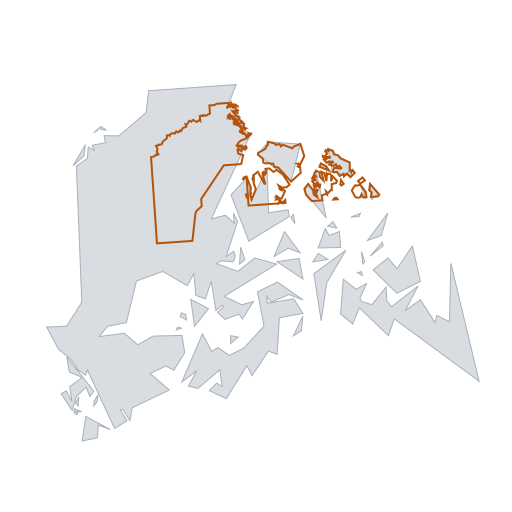 location of Northwest Territories within Canada, rotated 86°
{"feature_id": "CAN-635", "entity_name": "Northwest Territories", "entity_type": "Territory", "adm_level": 1, "iso_a3": "CAN", "parent_name": "Canada", "parent_adm1": "", "projection": "mercator", "projection_center": [-123.126, 69.383], "detail": "fine", "context": "in_parent", "style": "outline", "palette": "amber", "viewbox_px": 512, "rotation_deg": 86, "n_neighbors": 0, "source": "natural_earth", "source_scale": "10m", "svg_char_len": 9869}
<svg xmlns="http://www.w3.org/2000/svg" viewBox="0 0 512 512"><g transform="rotate(86 256 256)"><path d="M126.6,384.4L105.2,355.6L83.6,351.6L83.6,263.9L106.1,274.5L103.5,269.9L128.5,258.7L116.2,268.2L113.3,272.8L114.2,273.9L134.6,253.2L215.9,298.0L213.2,283.7L221.8,275.5L211.6,275.5L220.2,272.0L254.4,285.8L249.7,278.0L254.5,276.6L260.2,279.2L258.4,291.5L260.9,295.9L270.1,275.2L257.9,257.5L265.5,236.0L294.0,290.3L303.7,273.6L301.2,261.7L317.9,273.9L312.8,277.1L317.1,291.4L309.5,298.3L305.0,292.3L303.8,291.8L302.8,293.0L307.6,299.8L278.0,302.4L295.3,309.5L291.0,318.8L269.1,319.2L280.8,326.6L264.9,350.0L272.6,377.0L313.4,390.0L315.7,408.9L325.4,418.1L323.9,392.7L336.4,380.1L328.7,364.3L330.1,335.4L347.5,333.8L364.1,345.9L359.5,353.7L365.8,369.9L383.6,351.8L398.8,390.1L411.4,393.3L399.7,399.6L400.0,402.1L411.4,396.2L418.2,409.1L358.0,432.1L362.9,434.2L357.1,441.7L353.4,443.1L345.1,448.9L335.3,459.4L312.3,469.8L312.8,449.9L290.0,433.0L153.9,428.9L146.9,417.4L135.7,415.7L139.6,409.9L134.1,411.7L132.5,398.2L125.4,399.1L126.6,384.4ZM297.0,248.0L303.9,247.8L301.4,221.3L316.5,213.2L319.2,237.0L355.6,241.8L351.7,250.2L375.1,268.3L364.7,272.7L396.2,295.6L387.1,312.0L380.1,304.2L383.8,298.8L367.0,300.0L384.0,323.1L381.2,332.5L366.3,323.1L376.5,338.8L330.0,314.9L348.1,306.8L344.7,300.3L353.3,289.5L346.9,274.4L326.5,252.9L291.8,257.0L283.5,236.4L303.2,212.1L296.7,225.9L303.1,243.9L297.0,248.0ZM277.0,62.1L396.5,42.2L328.4,122.4L344.7,129.5L314.8,156.5L330.7,164.3L319.7,175.7L285.3,170.5L296.1,158.5L291.4,147.7L305.2,155.3L308.7,153.9L312.6,143.8L296.1,128.5L310.0,128.6L316.0,124.4L297.3,96.5L321.0,111.1L311.1,95.0L335.1,82.0L327.9,79.8L335.0,67.6L277.0,62.1ZM169.9,238.8L213.7,240.5L212.1,220.7L218.9,220.1L240.8,262.1L193.3,276.7L176.9,259.3L198.7,256.3L169.9,238.8ZM373.3,450.9L365.0,437.9L358.7,450.3L343.6,451.8L379.6,427.2L384.6,431.5L375.0,434.6L383.5,444.9L397.2,450.2L379.8,460.0L377.4,454.6L388.1,449.8L373.3,450.9ZM147.5,203.9L184.0,215.9L154.8,247.0L143.0,236.1L147.5,203.9ZM257.0,99.3L292.7,93.8L303.0,118.0L278.1,140.1L267.2,124.5L278.5,116.2L257.0,99.3ZM256.5,166.0L287.8,187.3L325.2,195.5L277.7,199.5L256.5,166.0ZM175.3,190.1L222.9,183.3L195.3,202.9L188.0,199.2L201.1,190.8L175.3,190.1ZM419.1,413.2L413.7,425.1L426.3,426.9L428.4,442.4L404.2,436.9L419.1,413.2ZM233.7,225.9L255.7,211.9L250.5,223.3L257.7,237.9L233.7,225.9ZM294.7,324.1L305.2,307.1L321.8,322.2L294.7,324.1ZM261.5,213.2L282.2,210.8L263.2,235.4L261.5,213.2ZM183.4,155.3L176.8,174.0L154.5,176.4L169.5,156.4L183.4,155.3ZM253.4,170.9L252.3,193.5L233.4,185.0L240.6,181.8L237.4,171.1L253.4,170.9ZM222.5,121.6L244.3,129.5L248.3,143.7L222.5,121.6ZM133.2,418.5L144.4,420.8L153.0,432.1L133.2,418.5ZM319.4,213.6L333.8,215.9L338.2,224.3L319.4,213.6ZM246.1,270.7L258.9,267.3L262.9,273.0L246.1,270.7ZM264.5,184.5L265.8,199.7L257.7,193.8L264.5,184.5ZM254.6,128.4L264.2,142.2L250.9,129.0L254.6,128.4ZM335.6,279.4L341.6,287.4L333.7,286.9L335.6,279.4ZM196.1,143.5L206.6,142.6L192.3,147.1L196.1,143.5ZM226.4,214.9L220.1,218.6L217.1,215.8L226.4,214.9ZM399.3,440.5L398.4,447.6L400.1,444.5L401.9,446.4L398.6,448.5L395.6,447.8L399.3,440.5ZM201.7,129.3L207.7,136.6L192.2,137.2L201.7,129.3ZM394.2,428.3L389.3,427.5L383.7,423.5L390.1,424.6L394.2,428.3ZM315.0,329.7L311.0,336.0L307.5,334.2L309.6,330.1L315.0,329.7ZM115.9,401.8L120.2,396.3L118.8,402.1L115.9,401.8ZM259.0,150.5L269.5,147.9L271.3,150.0L259.0,150.5ZM233.7,173.5L231.4,182.4L227.1,176.8L233.7,173.5ZM384.0,442.3L386.8,443.0L393.3,443.8L390.3,446.4L384.0,442.3ZM322.7,334.9L324.1,340.7L321.8,339.3L322.7,334.9ZM175.7,177.0L170.6,186.2L168.3,184.7L175.7,177.0ZM282.9,151.2L279.7,155.9L279.0,151.8L282.9,151.2ZM223.6,150.3L223.9,158.6L220.6,148.8L223.6,150.3ZM116.7,403.0L119.0,404.6L121.9,409.3L116.7,403.0Z" fill="#d9dde1" stroke="#a8b0b8" stroke-width="1"/><path d="M101.4,272.1L106.5,274.8L105.1,272.8L105.8,272.9L103.2,271.7L105.1,270.8L103.5,270.1L103.3,268.7L105.5,270.0L103.7,267.9L106.4,268.2L106.0,266.5L106.5,265.8L109.1,266.2L108.7,265.4L109.4,264.0L109.1,263.0L110.5,265.1L112.0,265.0L110.1,268.1L109.8,269.4L114.8,266.3L115.4,263.8L116.8,264.1L117.6,263.5L116.4,263.6L116.7,262.8L118.3,263.5L121.2,260.3L122.0,261.9L123.2,258.7L127.0,259.0L128.0,256.8L129.0,258.5L123.0,264.8L122.6,264.0L118.9,265.2L117.6,268.4L117.2,267.8L116.9,269.3L116.7,267.9L115.8,268.3L115.3,269.7L115.4,271.3L114.5,270.3L113.0,272.8L114.1,274.2L115.2,274.4L113.4,272.8L117.0,273.2L117.3,272.6L115.8,272.7L116.2,271.9L115.4,270.5L117.0,269.5L117.2,268.5L117.0,269.9L117.6,268.5L118.0,269.4L120.0,266.7L119.2,266.4L121.1,266.3L120.8,267.4L121.8,265.5L121.4,267.6L122.2,266.8L121.8,264.6L122.2,267.0L122.3,264.2L122.3,267.5L123.0,265.1L122.6,267.4L123.2,266.8L122.7,268.8L123.1,269.6L123.0,268.1L125.2,263.4L131.1,260.2L130.9,261.7L129.9,261.8L130.0,263.3L130.9,263.5L133.3,260.3L133.2,258.4L136.5,257.3L133.9,255.5L134.5,253.0L137.9,257.0L139.6,262.6L141.4,265.3L144.6,267.6L146.0,266.1L143.9,266.5L145.9,265.7L144.6,264.3L144.9,263.4L147.0,263.1L145.2,262.1L147.8,260.1L145.5,259.9L148.6,259.3L147.3,258.5L148.1,258.0L148.8,259.1L148.1,260.3L148.7,261.5L148.3,262.9L150.1,263.5L148.2,266.6L148.6,267.1L152.7,266.5L154.4,261.7L162.8,264.2L163.3,264.9L163.3,281.8L195.3,306.7L202.5,306.7L207.0,312.3L209.2,313.4L236.5,318.4L236.5,353.9L150.1,353.8L149.4,350.3L147.8,348.5L148.4,347.7L147.9,346.3L144.9,347.7L142.8,346.8L139.1,348.0L138.7,345.5L138.1,345.4L138.4,344.5L137.9,342.2L135.3,341.0L132.4,336.7L129.5,336.5L129.4,334.2L130.0,333.7L128.5,333.0L127.6,330.4L128.2,328.6L126.1,326.9L127.4,325.1L125.5,323.1L126.3,322.2L123.3,320.1L122.2,316.6L119.6,317.1L120.1,315.8L116.4,313.1L117.5,311.1L115.8,309.3L118.2,305.8L116.6,303.4L117.5,302.2L112.5,302.3L112.2,301.2L112.7,299.4L111.7,298.9L112.6,296.3L110.7,292.4L111.7,292.0L102.5,292.0L102.6,286.9L101.4,284.7L101.4,272.1ZM179.1,264.1L176.7,262.6L176.0,260.0L187.5,256.3L195.0,257.6L199.5,256.5L189.5,251.5L183.3,253.2L175.0,252.5L172.1,248.3L182.7,243.4L180.9,242.7L183.9,242.6L185.3,241.7L176.2,243.4L175.5,242.0L175.5,243.6L173.1,243.5L172.6,242.4L175.1,241.3L173.9,240.5L175.0,240.0L169.7,240.5L169.6,236.6L173.4,232.6L171.5,229.6L176.2,223.8L187.2,217.5L189.6,220.9L189.5,225.3L187.3,228.5L191.4,226.7L190.5,227.9L190.8,227.9L191.7,226.9L191.0,225.7L191.9,223.9L193.3,222.5L200.4,226.4L200.1,228.5L197.7,231.1L198.6,231.2L198.3,233.1L200.1,229.7L199.8,231.2L201.1,232.1L200.9,230.5L202.4,228.3L205.1,229.9L205.2,259.9L195.3,259.9L194.7,261.0L195.7,261.4L193.9,261.8L193.8,259.9L177.2,259.9L177.1,261.2L179.1,264.1ZM184.3,215.8L169.2,227.7L168.5,231.3L164.9,232.5L165.3,234.2L164.2,236.2L164.4,239.7L163.4,242.2L159.3,242.4L155.0,247.1L153.2,246.6L150.0,239.6L145.3,236.3L146.5,236.2L142.9,236.2L144.6,230.5L146.5,228.4L145.9,227.6L146.5,226.7L145.9,224.5L148.4,223.6L146.9,221.5L151.1,212.2L149.4,210.6L147.3,203.9L159.7,200.9L167.8,205.6L166.6,207.4L166.8,208.4L168.0,205.7L169.3,205.9L169.6,207.6L169.1,209.0L170.9,205.8L176.1,205.6L184.3,215.8ZM205.1,196.5L198.6,201.7L192.5,203.1L187.7,199.0L194.2,194.5L198.9,194.1L201.6,190.7L195.9,192.4L195.4,192.0L196.0,190.8L194.6,190.0L193.9,192.6L189.9,193.4L190.9,191.3L189.7,191.4L190.2,189.3L190.3,189.0L191.0,188.6L192.1,187.8L192.1,187.7L189.2,186.9L188.7,190.8L187.5,189.4L187.0,189.9L188.3,191.5L187.7,193.2L185.3,194.7L184.5,191.4L182.9,192.0L183.4,193.6L182.7,194.7L180.6,193.3L181.4,192.3L180.3,192.5L180.6,191.0L178.6,192.4L175.0,190.3L176.9,186.8L181.5,186.8L185.5,183.4L176.7,184.8L178.1,182.0L186.2,180.5L178.7,179.6L179.8,178.9L178.9,177.9L179.1,176.6L181.0,175.2L186.8,175.9L181.9,173.9L186.7,170.0L188.8,171.0L189.6,175.5L195.6,175.8L195.2,176.6L198.4,179.9L196.4,181.6L199.4,181.1L198.9,181.6L200.2,186.2L205.1,185.8L205.1,196.5ZM170.0,176.4L167.9,172.6L167.0,173.1L167.7,176.6L166.7,176.7L167.9,179.0L164.4,181.7L164.0,181.0L164.4,179.0L163.2,178.5L163.3,176.2L162.5,175.3L162.0,176.3L162.2,179.2L160.8,180.0L158.7,177.8L156.4,179.7L155.2,178.9L156.2,176.9L155.3,176.7L156.2,176.2L155.7,175.7L154.0,177.1L156.5,171.9L160.0,171.2L161.3,167.1L164.5,165.0L169.2,156.0L177.5,156.6L177.0,155.6L179.1,154.9L177.1,153.6L180.0,151.7L184.0,156.3L180.0,159.4L182.7,162.7L180.2,162.9L182.0,167.0L177.7,169.4L178.0,172.7L177.2,173.8L173.5,171.8L174.8,165.6L174.3,164.8L171.8,166.6L172.6,169.4L170.1,169.9L171.5,172.9L170.0,176.4ZM205.1,144.9L201.6,146.4L204.7,147.8L205.0,150.2L204.2,152.8L197.3,155.9L192.7,152.6L192.4,151.4L193.0,150.6L192.1,147.2L200.1,141.9L205.1,141.7L205.1,144.9ZM205.1,137.3L200.6,136.1L198.2,138.5L192.1,137.2L203.5,128.7L205.1,130.3L205.1,137.3ZM175.9,177.1L171.4,186.5L168.2,184.9L171.3,179.8L175.9,177.1ZM188.2,142.1L191.1,147.1L188.3,149.0L185.1,144.4L188.2,142.1ZM186.2,165.9L190.1,163.5L191.6,165.7L190.7,166.9L186.2,165.9ZM205.1,226.0L204.1,226.2L204.5,225.5L202.2,222.9L205.1,222.9L205.1,226.0ZM205.1,174.9L203.6,173.6L203.6,171.5L205.1,170.6L205.1,174.9ZM160.9,182.4L162.5,179.9L162.0,182.4L160.9,182.4ZM205.0,226.5L204.8,227.2L204.0,227.0L205.0,226.5ZM196.0,255.8L198.6,256.3L196.9,256.4L196.0,255.8ZM133.5,252.4L134.2,252.8L133.2,253.6L133.5,252.4ZM176.8,253.0L178.2,253.5L176.5,253.3L176.8,253.0ZM102.3,269.9L102.9,269.7L103.1,270.1L102.3,269.9ZM104.9,266.8L105.7,266.7L106.0,267.3L105.9,267.7L104.9,266.8ZM105.2,264.7L105.1,263.9L105.5,263.8L105.2,264.7ZM179.9,253.6L181.1,253.7L179.7,253.8L179.9,253.6ZM204.8,228.6L205.0,229.2L204.1,228.6L204.8,228.6ZM103.8,265.6L104.8,266.1L103.8,265.8L103.8,265.6ZM111.7,264.5L110.9,264.6L111.7,264.4L111.7,264.5ZM192.6,256.5L193.2,256.3L193.6,256.5L192.6,256.5ZM178.6,253.5L179.2,253.3L179.6,253.5L178.6,253.5ZM182.0,253.2L182.3,253.2L181.4,253.5L182.0,253.2ZM178.5,254.0L179.4,254.5L178.4,254.0L178.5,254.0ZM146.5,258.0L146.1,258.5L145.8,258.4L146.0,258.0L146.5,258.0ZM203.1,228.0L203.3,228.4L202.8,228.0L203.1,228.0ZM203.7,227.4L204.1,227.4L203.5,227.5L203.7,227.4ZM203.3,227.7L203.8,227.9L203.2,227.8L203.3,227.7Z" fill="none" stroke="#b45309" stroke-width="2"/></g></svg>